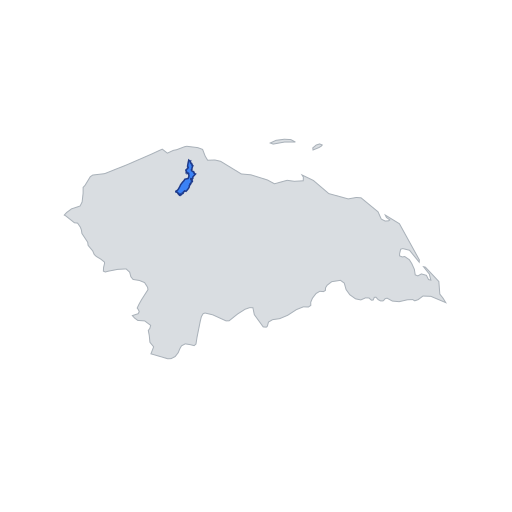 location of El Negrito, Yoro, Honduras, rotated 19°
{"feature_id": "27666195B11241379941292", "entity_name": "El Negrito", "entity_type": "district", "adm_level": 2, "iso_a3": "HND", "parent_name": "Honduras", "parent_adm1": "Yoro", "projection": "robinson", "projection_center": [-87.687, 15.452], "detail": "fine", "context": "in_parent", "style": "filled", "palette": "blue", "viewbox_px": 512, "rotation_deg": 19, "n_neighbors": 0, "source": "geoboundaries", "source_scale": "gbopen_adm2", "svg_char_len": 6129}
<svg xmlns="http://www.w3.org/2000/svg" viewBox="0 0 512 512"><g transform="rotate(19 256 256)"><path d="M450.6,238.3L434.5,237.2L426.9,239.5L423.5,244.5L420.7,246.7L418.3,246.2L413.4,248.1L406.2,252.6L399.6,254.2L393.7,253.2L392.0,254.3L391.5,255.7L390.7,257.1L388.4,257.9L385.8,257.5L382.8,255.9L381.3,256.6L381.1,259.5L379.5,260.2L376.5,258.9L373.2,259.9L369.4,263.4L364.1,264.1L357.3,262.1L352.1,258.4L348.3,252.9L343.8,251.5L336.0,255.6L332.8,260.4L332.1,263.3L332.8,266.0L331.4,267.7L327.8,268.6L325.0,271.9L323.1,277.5L322.8,281.9L323.9,284.9L322.1,287.2L317.4,288.6L311.7,293.5L305.3,301.7L298.8,307.5L292.4,310.8L289.3,314.4L289.6,318.4L289.2,319.7L288.0,320.2L285.9,320.7L273.5,312.0L269.9,305.9L266.8,306.9L263.0,309.9L257.5,316.8L251.7,326.0L248.8,327.1L234.2,325.7L226.4,326.5L224.8,327.7L224.1,331.1L224.5,335.7L226.7,352.1L227.9,358.8L226.7,360.9L222.8,361.2L217.7,362.1L214.8,365.2L214.2,368.4L213.9,372.8L212.3,377.4L209.1,380.7L206.0,381.9L188.5,382.7L188.8,375.2L183.8,372.1L180.9,365.8L178.4,361.5L179.2,359.0L179.0,355.9L171.9,353.6L165.2,355.4L161.4,354.2L158.5,352.6L163.4,348.9L163.7,346.6L162.2,345.0L160.6,343.9L161.1,339.6L162.0,334.6L164.8,323.0L163.7,320.9L159.3,317.4L153.7,317.1L147.4,318.2L144.5,316.4L141.8,312.4L137.4,310.5L129.5,313.7L121.2,318.5L118.7,320.2L116.6,320.0L115.6,316.4L115.2,312.1L114.7,311.1L110.3,309.5L105.1,308.4L102.5,307.2L100.0,304.4L93.8,300.6L92.4,297.8L84.1,291.4L82.4,288.2L80.5,285.9L76.6,283.0L73.5,283.7L63.0,280.0L61.4,279.7L62.8,276.5L66.2,271.5L73.4,266.0L74.0,261.5L72.1,253.0L70.2,247.4L71.3,245.0L73.5,235.0L75.3,232.6L85.7,227.6L86.7,226.9L94.9,219.8L104.0,212.0L113.5,203.3L124.1,193.6L129.9,188.0L132.6,185.5L138.7,187.6L143.5,183.0L146.3,181.4L152.8,176.0L154.8,174.8L165.6,172.5L170.8,172.6L175.4,178.1L179.1,181.2L185.9,178.6L191.7,178.0L215.4,183.2L224.8,180.9L242.1,180.4L249.9,181.7L260.8,174.3L267.9,172.9L276.2,169.5L275.1,166.0L273.1,164.4L285.7,165.9L304.5,173.3L324.6,172.0L331.8,168.0L336.4,166.8L357.0,174.5L362.4,180.3L366.7,180.9L369.9,179.6L370.8,178.3L366.8,177.1L364.9,175.2L381.1,178.8L411.7,206.5L412.3,208.7L399.3,200.6L392.4,201.2L390.6,202.5L391.0,207.0L391.7,209.1L394.6,209.3L396.8,208.1L402.2,209.6L405.8,212.5L410.1,217.1L412.7,222.0L415.5,222.1L418.2,219.1L423.4,218.8L426.8,222.1L429.2,221.9L425.8,216.7L417.9,211.6L419.8,211.4L437.2,220.6L442.2,232.2L446.3,234.8L450.6,238.3ZM245.8,139.0L235.8,144.6L232.7,144.5L237.3,140.1L244.7,136.4L251.0,134.6L256.1,135.4L245.8,139.0ZM280.2,133.0L275.4,137.2L274.5,135.3L276.8,131.5L279.7,129.3L282.5,129.5L281.8,131.1L280.2,133.0Z" fill="#d9dde1" stroke="#a8b0b8" stroke-width="1"/><path d="M161.2,187.3L161.5,190.0L162.0,193.1L162.0,193.3L162.2,193.6L162.3,193.9L162.6,193.8L162.8,194.0L163.0,194.2L163.1,194.3L163.1,194.7L162.9,195.3L162.9,195.6L162.6,195.8L162.5,196.0L162.3,196.4L162.3,196.6L162.2,196.8L162.1,197.0L161.9,197.3L161.7,197.5L161.8,197.7L161.9,198.0L162.0,198.0L162.6,198.5L162.8,198.7L162.6,199.0L162.6,199.3L162.8,199.3L163.1,199.3L163.2,199.5L163.2,199.4L163.2,199.6L163.3,199.5L163.5,199.5L163.9,199.8L164.3,199.9L164.3,200.0L164.4,199.9L164.5,200.0L164.6,199.9L164.7,200.0L164.8,199.9L164.7,199.9L164.8,199.8L165.0,200.1L165.3,200.0L165.4,200.3L166.6,202.1L166.6,202.5L166.6,202.8L166.6,203.0L166.6,203.3L166.6,203.6L166.6,204.8L163.7,206.6L163.6,207.1L163.5,207.6L163.5,207.9L163.4,208.1L163.2,208.5L163.1,209.0L162.9,209.4L162.8,209.6L162.6,209.8L161.5,213.3L161.5,213.9L161.3,215.5L160.7,218.6L159.9,220.0L159.2,220.7L159.1,220.8L159.1,221.0L159.4,221.5L159.5,221.6L160.0,221.4L160.2,221.5L160.4,221.4L160.7,221.4L160.9,221.4L161.2,221.5L161.3,221.7L161.5,221.7L161.6,221.9L161.6,222.0L161.8,222.0L162.1,222.1L162.2,222.5L162.3,222.6L162.5,222.6L162.7,222.8L162.8,222.8L164.1,222.8L164.1,223.0L163.9,223.2L163.9,223.3L163.9,223.5L164.0,223.5L164.2,223.4L164.2,223.5L164.3,223.5L164.3,223.4L164.4,223.5L164.5,223.5L164.6,223.3L164.6,223.1L164.7,222.9L164.6,222.7L164.8,222.8L164.9,222.7L165.1,222.6L165.2,222.8L165.2,222.7L165.1,222.4L165.3,222.5L165.4,222.4L165.3,222.1L165.5,222.1L165.6,221.8L165.7,221.6L165.8,221.5L166.0,221.2L166.2,220.9L166.0,220.7L166.3,220.6L166.2,220.5L166.2,220.4L166.4,220.3L166.5,220.3L166.6,220.2L166.4,219.8L166.4,219.6L166.5,219.4L166.5,219.2L166.7,218.9L166.9,218.9L167.0,218.8L167.0,218.6L167.0,218.4L167.1,218.1L167.1,217.9L167.2,217.7L167.3,217.6L167.7,217.7L167.8,217.8L168.1,217.6L168.6,217.4L168.8,217.5L169.4,216.2L170.2,213.9L170.2,213.4L170.3,213.0L170.4,212.5L170.4,212.2L170.3,211.9L170.1,211.4L170.0,211.1L170.1,210.9L170.2,210.6L170.2,210.4L170.2,210.2L170.2,209.9L170.3,209.9L170.3,209.7L170.5,209.7L170.4,209.4L170.5,209.2L170.4,209.1L170.6,209.0L170.6,208.9L170.6,208.7L170.7,208.4L170.8,208.4L170.7,208.2L170.7,207.7L170.7,207.3L170.8,207.3L170.9,207.2L171.0,207.0L170.9,206.9L171.0,206.8L171.2,206.6L171.3,206.6L171.5,206.6L171.6,206.2L171.5,205.9L171.4,205.9L171.4,206.0L171.2,206.0L171.2,205.9L171.2,205.7L170.9,205.5L170.8,205.2L170.7,205.3L170.4,205.3L169.8,205.2L169.7,205.1L169.7,204.9L169.5,204.7L169.7,204.4L169.5,204.2L169.8,204.2L169.8,203.9L170.0,203.9L170.4,203.9L170.6,203.7L170.8,203.7L170.8,203.4L171.0,203.2L170.9,202.8L170.7,202.5L170.7,202.1L170.6,201.9L170.6,201.6L172.1,198.2L171.9,198.2L171.7,198.1L171.4,198.1L171.0,198.1L170.9,198.0L170.6,198.0L170.6,197.9L170.6,197.7L170.4,197.4L170.2,197.2L170.2,197.3L170.1,197.2L169.9,197.0L169.7,197.0L169.4,196.7L169.1,196.7L168.8,196.6L168.6,196.7L168.4,196.6L168.1,196.5L167.8,196.4L167.7,196.4L167.4,196.3L167.3,196.1L167.2,196.0L167.2,195.9L167.1,195.6L167.0,195.4L166.9,195.4L167.0,195.0L167.0,194.9L167.2,194.6L167.0,194.4L167.0,194.2L166.9,194.0L166.8,193.8L166.9,191.5L166.6,191.3L166.4,191.3L166.5,191.1L166.4,191.1L166.2,190.9L165.6,190.1L165.4,190.1L165.4,189.9L165.2,189.7L165.1,189.8L164.9,189.8L164.7,189.8L164.6,189.7L164.3,189.4L164.2,189.4L164.2,189.2L163.9,188.9L163.8,189.0L163.7,189.0L163.7,188.9L163.4,188.7L163.2,188.4L163.1,188.2L163.1,187.9L163.0,188.0L162.9,187.9L162.8,187.7L162.6,187.7L162.2,187.4L161.9,187.5L161.8,187.4L161.6,187.4L161.4,187.4L161.2,187.3Z" fill="#3b82f6" stroke="#1e3a8a" stroke-width="1.5"/></g></svg>